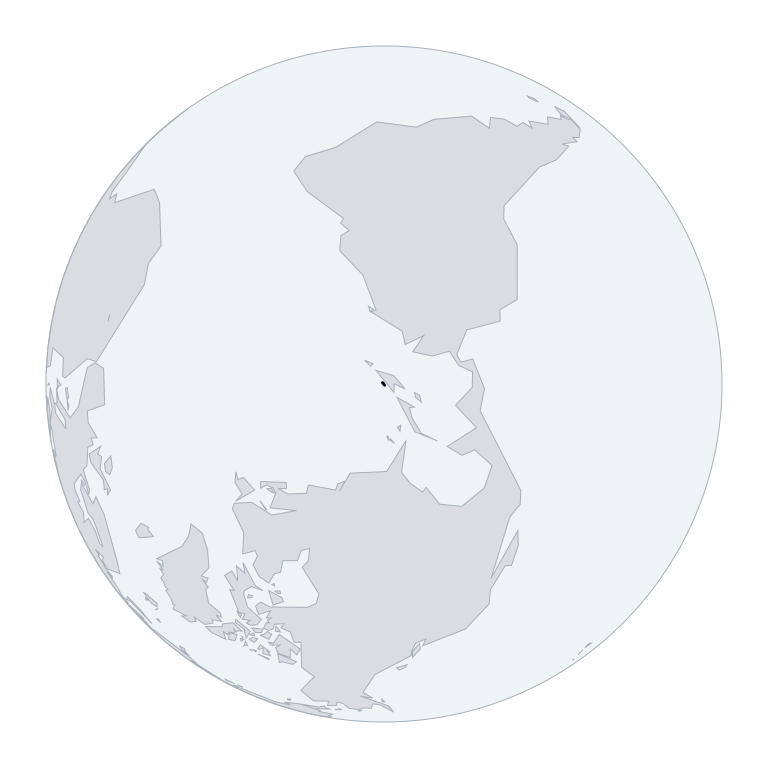 globe centered on Puerto Plata, rotated 215°
{"feature_id": "DOM-1965", "entity_name": "Puerto Plata", "entity_type": "Province", "adm_level": 1, "iso_a3": "DOM", "parent_name": "Dominican Republic", "parent_adm1": "", "projection": "orthographic", "projection_center": [-70.865, 19.728], "detail": "fine", "context": "on_globe", "style": "filled", "palette": "ink", "viewbox_px": 768, "rotation_deg": 215, "n_neighbors": 0, "source": "natural_earth", "source_scale": "10m", "svg_char_len": 10020}
<svg xmlns="http://www.w3.org/2000/svg" viewBox="0 0 768 768"><g transform="rotate(215 384 384)"><circle cx="384" cy="384" r="338" fill="#eef3f6" stroke="#a8b0b8"/><path d="M341.4,449.9L333.5,446.0L325.7,455.5L299.0,437.8L289.9,417.2L211.0,375.4L203.5,363.7L204.6,346.9L184.8,286.2L190.3,340.7L181.4,328.7L175.5,308.4L180.5,304.8L178.8,276.4L171.7,264.0L176.8,229.9L202.1,191.8L203.4,199.1L209.4,190.0L208.1,180.8L205.9,177.1L224.7,141.0L224.3,119.3L213.0,120.2L224.2,114.8L195.2,123.0L187.8,120.8L203.1,118.9L209.9,115.5L208.3,111.1L215.1,106.9L218.1,102.7L226.3,98.4L234.6,98.8L240.1,96.3L238.6,93.5L245.9,88.2L247.2,92.5L260.0,84.0L276.3,85.3L273.2,104.2L289.0,104.8L304.0,124.9L309.5,120.8L318.6,127.2L328.3,125.1L328.3,130.4L336.1,124.3L334.3,120.0L337.1,116.1L342.6,114.8L343.6,120.9L341.0,122.5L344.1,123.7L342.2,127.5L346.3,124.9L346.8,133.2L354.6,123.3L361.9,128.5L360.0,134.6L349.4,136.0L318.8,157.0L313.6,165.3L316.9,174.7L345.8,186.9L344.5,195.9L350.7,206.6L356.3,200.1L353.5,189.7L365.6,181.2L360.7,170.5L364.9,165.9L364.2,154.9L375.9,154.7L387.6,160.8L388.8,170.3L394.0,173.6L402.3,163.7L413.5,181.7L436.7,194.9L438.3,200.4L424.6,211.1L400.8,212.3L383.0,230.1L406.3,217.2L410.0,232.7L415.6,235.1L422.2,234.0L425.4,227.9L429.1,233.4L407.5,247.2L403.8,242.3L410.7,237.7L399.5,238.8L384.9,250.0L388.0,257.9L362.8,269.4L364.6,275.6L360.2,282.1L359.0,271.2L360.7,291.5L331.6,313.8L333.5,350.3L318.9,321.6L305.9,317.8L290.2,317.6L290.2,323.5L269.4,317.5L250.1,328.4L242.2,356.5L248.7,379.2L271.8,382.2L279.1,370.4L296.4,369.1L283.2,401.2L313.2,407.6L309.7,431.8L318.4,444.7L333.6,442.1L349.2,448.4L360.6,434.5L378.9,426.9L379.2,446.5L389.3,428.5L399.5,437.7L435.9,435.6L433.1,440.2L463.7,461.1L496.8,467.9L504.4,480.9L500.5,489.8L511.9,490.9L512.1,496.4L557.3,497.7L580.0,506.6L578.9,525.2L559.4,549.9L540.3,594.5L504.8,612.9L495.0,629.4L465.8,653.7L444.4,653.9L449.7,663.5L437.2,670.1L423.0,671.3L420.0,678.0L409.5,678.5L416.1,682.5L398.7,690.8L403.2,696.7L390.4,702.4L393.8,705.4L389.1,705.4L384.1,706.5L383.5,708.1L369.3,705.2L365.6,697.9L370.9,694.2L364.7,693.3L375.9,682.6L369.1,684.8L371.2,666.9L381.1,650.8L387.9,598.9L380.6,587.8L354.7,574.4L323.4,529.6L331.7,511.3L324.9,502.2L347.2,475.8L341.4,449.9ZM65.6,290.6L68.2,283.1L67.3,289.1L65.6,290.6ZM69.4,277.8L68.6,280.5L69.2,278.1L69.4,277.8ZM69.6,275.6L69.5,277.2L69.3,276.1L69.6,275.6ZM69.5,273.5L69.7,274.3L69.6,274.5L69.5,273.5ZM331.3,362.6L365.7,380.5L345.9,382.5L349.7,379.3L341.1,372.0L324.9,364.9L307.6,368.0L331.3,362.6ZM70.5,268.0L70.9,266.5L71.3,266.5L70.5,268.0ZM347.4,342.9L341.4,341.4L347.3,341.4L347.4,342.9ZM203.8,176.4L207.4,181.2L206.0,191.6L202.2,187.9L203.8,176.4ZM207.4,158.3L211.0,158.8L204.0,167.4L204.1,164.4L207.4,158.3ZM203.3,122.5L205.0,124.7L201.0,124.1L203.3,122.5ZM217.1,103.0L214.5,103.9L217.2,101.4L217.1,103.0ZM357.8,155.9L360.9,155.4L359.5,157.7L357.8,155.9ZM354.6,151.8L350.6,154.8L348.5,153.3L351.0,151.5L354.6,151.8ZM232.2,92.8L237.4,89.1L233.6,92.9L232.2,92.8ZM360.0,148.6L345.2,150.5L341.6,148.0L348.0,139.3L360.0,148.6ZM241.3,87.0L253.7,79.0L249.0,79.9L269.4,73.7L252.1,82.0L248.1,86.2L246.4,85.1L241.3,87.0ZM331.3,119.2L333.5,123.8L326.5,121.4L331.3,119.2ZM326.1,118.8L300.5,118.8L300.0,112.1L308.7,113.1L303.9,106.1L316.2,102.7L321.6,105.8L319.5,110.6L325.8,105.8L326.1,118.8ZM278.7,72.0L282.9,70.5L280.1,72.2L278.7,72.0ZM337.6,114.4L332.5,114.7L331.7,108.8L341.8,107.2L338.8,109.5L337.6,114.4ZM296.6,106.3L297.8,102.0L308.1,98.0L309.9,95.9L316.5,102.1L296.6,106.3ZM341.8,110.2L347.0,106.6L352.4,108.3L342.6,113.7L341.8,110.2ZM327.3,108.1L327.4,105.3L330.6,106.2L327.3,108.1ZM374.6,113.6L368.5,113.5L367.6,110.3L374.6,113.6ZM348.5,105.2L346.6,104.6L345.5,103.5L349.9,101.7L348.5,105.2ZM323.3,99.1L327.3,98.6L321.1,96.3L328.6,93.7L331.6,98.6L333.4,95.4L335.7,94.7L335.6,99.5L323.3,99.1ZM351.2,96.7L357.6,102.8L369.1,103.4L370.3,106.2L351.5,104.7L351.2,96.7ZM342.1,97.8L348.0,97.6L346.4,100.8L341.4,102.9L342.1,97.8ZM332.6,90.4L320.4,93.1L320.1,92.1L332.6,90.4ZM354.9,96.1L353.3,94.7L355.9,95.8L354.9,96.1ZM339.8,91.3L335.5,92.3L335.3,91.0L339.8,91.3ZM353.6,91.4L355.7,93.2L352.3,94.5L353.6,91.4ZM347.5,90.8L348.4,88.9L349.9,93.9L345.6,91.4L347.5,90.8ZM340.3,90.0L338.8,89.5L342.2,89.8L340.3,90.0ZM365.1,85.7L367.9,91.8L360.5,94.5L358.8,88.1L365.1,85.7ZM393.0,710.8L370.5,706.2L383.2,708.5L392.0,706.0L403.8,709.2L393.0,710.8ZM419.0,703.6L429.3,701.5L431.7,702.2L425.2,703.9L419.0,703.6ZM645.1,169.5L652.1,180.6L642.9,171.0L627.2,150.0L622.5,144.6L645.1,169.5ZM612.7,135.2L610.9,133.9L599.5,123.9L608.7,132.6L611.8,134.8L617.6,140.8L615.2,139.3L611.3,135.5L611.5,137.2L630.1,156.3L635.2,160.6L641.4,173.1L650.6,182.0L655.5,189.8L641.9,178.1L636.2,171.7L618.6,164.5L625.1,172.0L642.2,179.8L641.0,181.1L650.0,193.0L642.1,185.0L621.7,176.1L621.2,189.8L636.5,227.2L632.9,235.6L622.6,236.0L601.0,206.8L611.6,191.7L604.1,182.6L588.2,175.4L592.8,171.9L587.6,167.6L590.3,162.2L580.5,146.7L581.2,141.2L564.4,128.3L562.4,124.1L572.9,132.6L580.6,136.2L580.6,124.7L576.8,120.4L565.8,113.4L567.2,111.8L556.6,106.5L550.3,98.6L549.1,104.4L536.3,98.0L525.4,90.2L520.9,89.5L538.7,102.4L546.0,106.8L552.5,108.6L572.1,123.6L575.0,129.3L553.7,118.9L555.3,126.4L538.0,116.3L500.6,85.4L491.6,77.1L504.2,73.9L513.8,78.1L514.0,81.0L525.7,83.0L519.1,80.5L520.2,79.7L508.2,74.6L508.4,73.8L496.5,70.7L495.5,69.3L503.0,71.3L484.3,64.0L478.7,60.9L474.3,59.8L471.3,59.4L466.1,56.6L463.1,55.9L463.7,56.5L458.1,55.8L446.3,54.0L445.1,53.0L449.3,53.6L456.2,54.0L467.3,56.5L465.6,56.1L455.7,53.8L447.2,53.1L440.5,52.3L443.1,52.0L441.6,52.0L437.9,51.4L433.1,50.3L429.6,50.6L390.0,49.0L376.8,47.8L383.6,46.9L354.7,48.2L342.1,48.9L342.6,49.1L329.2,51.2L332.9,50.9L332.2,51.3L299.3,59.4L290.7,61.4L277.2,67.2L277.5,67.6L283.1,66.3L269.4,73.7L249.0,79.9L249.4,78.5L236.3,84.3L239.1,80.8L235.4,81.3L246.1,75.6L243.8,76.5L252.7,72.6L255.9,71.8L254.9,71.7L261.3,69.2L263.4,68.3L287.1,60.3L311.2,54.0L335.8,49.5L360.6,46.9L385.5,46.1L410.5,47.1L435.3,50.0L459.8,54.7L483.9,61.2L507.4,69.4L530.3,79.4L552.4,91.0L573.6,104.3L593.7,119.0L612.7,135.2ZM702.1,498.0L704.9,489.5L713.0,461.0L716.4,443.0L716.4,410.6L717.0,385.4L715.0,378.5L712.0,386.4L708.7,378.2L706.2,381.4L683.9,411.7L672.1,404.1L645.8,369.1L646.2,347.8L637.3,327.8L632.4,237.3L641.4,234.7L648.8,206.2L651.6,205.8L661.6,221.6L675.9,223.8L667.7,207.5L669.8,204.2L667.0,199.4L679.4,219.9L690.3,241.3L699.6,263.3L707.4,286.0L713.5,309.2L718.0,332.7L720.8,356.5L721.9,380.5L721.3,404.4L719.0,428.3L715.0,451.9L709.4,475.2L702.1,498.0ZM645.8,277.2L648.7,283.4L648.8,283.5L645.8,277.2ZM437.0,435.2L441.4,438.8L435.6,439.2L437.0,435.2ZM343.0,390.6L350.3,391.2L354.1,394.4L348.4,395.3L343.0,390.6ZM405.0,390.9L413.5,392.4L404.6,394.3L405.0,390.9ZM371.1,382.8L398.2,390.5L381.0,396.5L363.9,392.0L375.8,390.2L371.1,382.8ZM343.7,354.5L348.2,356.1L346.8,359.8L343.7,354.5ZM351.7,343.0L349.9,343.3L347.7,340.2L351.7,343.0ZM411.3,231.8L413.1,230.9L419.8,231.1L416.7,233.8L411.3,231.8ZM449.7,217.9L454.9,227.2L449.0,222.0L445.6,226.9L429.0,222.9L438.3,203.0L437.0,212.4L449.7,217.9ZM409.3,213.4L418.8,217.3L408.1,213.8L409.3,213.4ZM556.6,152.3L561.9,152.6L567.4,158.5L566.5,168.3L558.5,159.5L556.6,152.3ZM568.1,151.9L547.2,140.4L546.9,134.8L550.6,139.7L552.5,137.1L559.0,144.5L579.2,151.6L585.3,157.5L580.3,170.5L578.6,162.6L573.5,162.4L568.1,151.9ZM494.3,129.4L485.3,126.7L496.4,117.6L503.5,121.4L503.2,130.5L494.4,131.6L494.3,129.4ZM374.2,133.9L370.0,135.1L369.7,133.2L373.0,130.5L374.2,133.9ZM371.9,113.8L392.2,127.1L388.4,129.0L404.8,135.8L401.3,143.6L390.8,138.7L400.3,150.4L389.4,149.2L397.0,156.8L374.0,145.1L364.6,145.3L376.4,142.0L379.9,134.6L378.6,131.5L367.9,123.1L349.3,120.7L349.9,113.9L355.1,109.8L359.7,109.3L357.9,113.7L365.2,109.9L366.1,116.0L371.9,113.8ZM416.8,77.8L412.8,80.9L427.7,78.6L428.7,82.9L430.3,82.4L435.3,86.0L444.3,89.8L443.1,91.8L447.1,92.5L450.5,95.2L455.6,97.0L455.3,101.5L461.5,104.3L457.9,104.9L468.6,108.6L460.5,108.0L464.1,112.2L470.0,110.5L456.4,135.2L456.9,147.6L461.8,158.7L447.2,157.5L433.4,146.9L422.1,133.1L423.7,122.0L416.8,124.0L415.5,119.5L421.5,119.8L411.6,116.8L412.1,113.3L402.0,103.9L387.4,102.7L383.3,99.7L389.3,98.5L381.0,96.4L389.6,92.3L386.9,90.2L392.6,84.5L405.7,84.1L401.7,81.9L405.9,78.1L416.8,77.8ZM367.1,84.1L382.6,81.6L390.8,83.0L377.4,92.4L378.7,94.9L370.4,102.0L358.8,100.0L362.2,98.1L362.8,95.8L366.2,97.3L364.0,94.4L368.6,91.8L368.2,89.1L373.3,88.9L367.1,84.1ZM648.1,197.9L649.0,196.5L648.9,192.8L654.5,200.7L648.1,197.9ZM634.6,191.9L634.4,189.2L642.4,197.6L641.4,199.5L634.6,191.9ZM627.5,181.1L633.8,188.5L629.8,185.6L627.5,181.1ZM572.1,130.2L571.1,127.4L573.7,128.7L577.3,132.1L572.1,130.2ZM461.1,75.2L457.5,75.9L455.6,75.1L444.0,74.2L442.3,71.4L448.7,70.9L461.1,75.2ZM651.6,177.6L654.2,181.0L653.2,179.9L651.5,177.6L649.7,175.2L651.6,177.6ZM657.5,191.0L658.7,190.1L659.1,193.2L657.5,191.0ZM457.3,72.1L452.8,71.9L454.8,70.7L457.3,72.1ZM440.5,69.5L441.7,67.9L440.8,71.0L440.5,69.5ZM436.7,54.6L454.7,58.2L466.5,60.4L471.4,60.4L472.2,62.6L453.9,59.2L436.7,54.6ZM395.9,49.4L391.7,50.5L388.3,49.8L388.8,49.5L395.9,49.4ZM397.0,50.2L401.5,52.2L395.7,52.7L393.3,51.0L397.0,50.2ZM430.1,60.2L435.5,61.3L433.8,62.1L430.1,60.2ZM281.4,70.2L282.8,70.5L279.2,71.3L281.4,70.2ZM334.6,51.2L332.9,51.8L328.8,52.3L334.6,51.2ZM326.1,54.3L332.0,53.2L326.3,54.7L326.1,54.3ZM345.0,51.1L334.5,52.9L343.9,50.7L345.0,51.1Z" fill="#d9dde1" stroke="#a8b0b8" stroke-width="1"/><path d="M382.0,383.4L382.1,383.2L382.3,383.4L382.4,383.2L382.5,383.2L382.8,382.9L383.0,382.9L383.3,382.8L383.5,382.9L383.4,383.0L383.5,383.0L383.5,382.9L383.8,383.0L384.1,382.9L384.2,383.0L384.4,383.3L384.5,383.3L384.4,383.4L384.6,383.4L384.9,383.6L385.1,383.7L385.3,383.8L385.6,383.8L385.9,383.8L386.0,383.8L386.0,383.7L386.4,383.7L386.7,384.1L386.6,384.4L386.4,384.4L386.3,384.5L386.2,384.5L385.9,384.6L385.9,385.0L385.4,385.1L385.3,384.9L385.1,384.6L384.9,384.5L384.8,384.8L384.6,384.8L384.5,384.7L384.3,384.6L384.2,384.5L383.8,384.5L383.6,384.4L383.4,384.2L383.2,384.1L382.9,384.0L382.7,383.9L382.3,383.8L382.2,383.7L382.0,383.4Z" fill="#0f172a" stroke="#020617" stroke-width="1.5"/></g></svg>